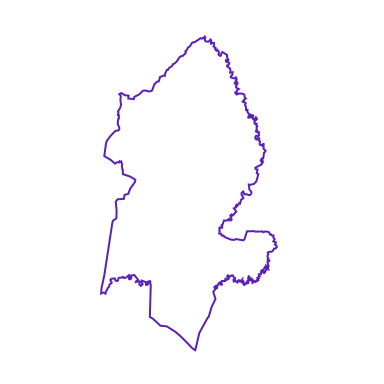 Chum Phuang, Nakhon Ratchasima, Thailand, rotated 190°
{"feature_id": "78962969B76863241399521", "entity_name": "Chum Phuang", "entity_type": "district", "adm_level": 2, "iso_a3": "THA", "parent_name": "Thailand", "parent_adm1": "Nakhon Ratchasima", "projection": "natural_earth1", "projection_center": [102.724, 15.266], "detail": "fine", "context": "isolated", "style": "outline", "palette": "violet", "viewbox_px": 384, "rotation_deg": 190, "n_neighbors": 0, "source": "geoboundaries", "source_scale": "gbopen_adm2", "svg_char_len": 6097}
<svg xmlns="http://www.w3.org/2000/svg" viewBox="0 0 384 384"><g transform="rotate(190 192 192)"><path d="M199.8,54.8L193.6,55.3L184.3,51.5L178.1,47.9L164.0,37.9L161.3,36.8L160.3,54.5L154.7,71.0L153.9,71.9L152.7,82.2L150.3,90.6L153.7,97.4L152.1,100.5L153.4,101.9L153.4,102.7L152.0,103.2L151.4,101.4L150.8,101.4L150.6,102.5L151.6,104.1L150.4,104.5L149.9,106.7L149.0,107.6L147.7,105.7L146.5,105.9L147.5,108.8L147.2,109.6L143.9,110.1L144.0,112.2L142.4,111.6L140.7,113.0L140.8,113.8L142.0,113.7L142.8,114.7L142.2,116.1L139.5,115.6L138.4,116.8L137.4,117.0L136.4,115.5L134.6,114.7L136.0,112.5L135.2,111.1L134.0,112.4L133.3,111.4L131.6,110.8L131.5,112.3L130.3,112.2L130.5,113.2L129.7,113.2L129.5,112.2L128.4,112.4L127.3,114.6L127.2,113.7L125.9,113.2L125.7,112.5L127.3,111.8L126.3,111.4L124.6,109.5L123.9,110.0L125.0,110.4L125.2,111.3L123.9,110.9L123.0,111.8L121.4,111.7L120.6,112.4L120.8,113.0L121.7,112.8L122.3,113.6L120.0,115.1L121.0,115.3L121.7,116.2L121.6,118.8L120.8,118.6L120.1,116.7L118.1,117.0L118.3,115.2L117.1,114.3L116.6,113.0L115.8,113.8L116.9,114.9L116.4,115.6L113.8,114.5L113.3,115.8L112.4,115.5L111.4,116.7L112.4,117.5L111.3,118.4L112.5,119.1L110.5,120.7L111.8,121.7L111.9,122.6L109.8,123.3L110.2,126.5L108.5,127.9L108.7,125.7L107.4,124.9L107.3,126.6L106.9,126.8L106.2,125.9L105.4,128.8L103.3,129.0L104.4,131.1L104.8,130.8L104.6,129.3L106.9,129.5L107.5,130.2L107.1,130.8L105.9,130.1L106.2,132.3L104.9,131.4L103.7,132.1L105.6,136.4L105.3,137.0L104.2,137.0L103.9,137.7L105.7,138.5L105.3,139.4L104.2,139.4L105.4,139.7L106.3,141.2L106.6,142.4L106.0,143.8L106.9,145.5L106.0,146.3L103.1,147.1L102.0,148.4L101.4,150.5L100.2,150.7L98.9,152.5L99.5,153.8L100.5,154.4L100.6,155.2L101.1,155.0L100.7,157.0L103.3,157.5L102.4,159.8L104.0,161.4L104.2,163.3L105.5,163.0L106.7,163.9L107.4,163.5L109.5,166.0L113.2,165.8L115.0,164.7L115.7,165.4L122.5,164.0L124.3,164.2L131.0,162.8L132.1,154.6L133.1,153.3L140.4,153.3L142.2,152.1L145.6,151.9L152.0,153.3L152.5,154.0L153.5,153.9L154.1,154.7L155.3,154.4L156.0,155.8L158.0,155.8L157.9,158.5L158.4,159.0L158.8,161.6L158.5,161.9L157.9,161.3L157.2,162.1L156.1,162.1L156.1,163.0L157.1,164.4L156.2,165.1L155.6,169.5L153.2,169.7L150.8,171.9L150.4,170.5L148.4,171.0L148.2,171.9L150.2,175.6L149.1,176.8L148.6,176.5L148.5,175.6L147.8,175.9L145.0,180.4L147.9,183.2L146.0,184.5L146.5,186.0L145.8,187.2L144.7,186.4L143.8,189.0L142.7,188.8L142.3,192.9L140.3,194.8L142.8,198.1L143.0,199.8L141.6,201.4L140.0,198.7L138.1,199.3L135.2,198.8L134.3,199.2L133.4,200.7L133.5,202.3L136.0,204.6L137.4,209.2L135.9,209.2L132.4,210.7L130.4,213.8L129.8,221.1L131.5,221.8L131.4,225.5L133.4,225.7L133.8,227.0L128.6,230.9L127.4,233.7L127.9,235.1L129.0,234.1L129.9,235.2L129.0,237.2L127.7,237.7L127.9,243.1L126.8,244.6L126.8,245.6L129.0,246.9L129.8,251.7L130.3,251.7L130.9,250.0L131.6,250.5L132.9,250.1L133.8,250.9L133.7,253.5L135.3,254.4L134.9,255.8L135.2,256.6L136.8,256.4L137.6,254.9L138.5,255.2L139.2,256.8L139.0,257.9L138.2,258.6L136.4,258.6L135.8,259.7L136.4,260.6L136.3,262.4L137.7,262.1L138.3,263.4L139.2,262.6L139.7,263.0L139.1,264.5L139.7,267.0L139.1,268.0L140.5,269.3L140.2,270.4L142.0,270.1L142.8,272.2L142.8,273.6L142.0,273.2L140.7,275.3L142.0,276.6L142.7,274.9L144.4,274.3L145.0,275.2L144.9,277.7L146.3,278.5L145.7,277.8L146.5,275.9L147.3,275.9L147.3,277.4L148.1,276.9L148.4,275.2L149.5,275.1L149.5,276.4L148.3,278.4L149.9,279.0L151.5,280.8L151.6,282.5L153.0,282.2L153.6,285.3L154.9,286.7L154.5,288.7L156.0,289.8L156.8,289.3L157.8,289.8L156.7,292.0L155.3,293.4L156.3,293.8L157.3,296.8L158.7,297.5L162.0,297.4L163.1,296.7L164.4,297.1L164.5,296.0L165.0,295.8L166.6,297.0L166.6,297.6L165.2,297.9L165.6,298.9L165.3,300.0L163.8,301.5L165.6,302.0L167.1,303.2L166.1,306.8L167.1,306.6L167.7,305.8L168.2,306.0L167.0,308.3L167.4,308.9L168.4,308.2L167.6,311.0L168.8,312.5L169.6,311.2L173.2,311.4L173.8,311.9L173.9,312.6L172.7,314.0L172.7,317.0L175.2,316.2L175.3,319.0L176.3,320.5L179.3,321.8L179.4,322.7L178.0,323.5L177.7,325.6L181.3,326.5L181.4,327.8L179.4,327.7L179.0,328.2L181.0,331.0L181.3,333.1L186.5,335.1L187.1,333.8L187.2,331.4L187.9,330.9L189.0,331.4L189.9,332.1L189.6,333.6L190.6,335.8L191.9,335.4L192.3,336.5L193.1,335.8L194.2,336.9L193.9,338.1L196.1,339.2L195.8,340.6L196.1,342.5L198.1,342.6L198.7,341.3L199.1,341.3L199.5,344.6L200.3,345.4L201.8,342.9L204.9,342.7L206.1,344.7L205.7,346.5L206.4,347.2L207.1,345.7L207.7,345.9L208.8,344.7L210.2,345.0L215.5,339.9L216.9,339.7L218.0,338.8L218.7,336.5L219.7,334.7L221.0,333.7L221.8,330.9L223.0,329.4L222.3,328.6L222.6,327.1L223.7,326.1L224.2,324.8L226.7,323.6L227.8,322.2L229.8,317.7L231.6,315.4L233.0,314.5L233.6,312.5L236.2,310.1L236.8,308.2L238.0,307.8L239.0,303.9L238.9,301.6L240.3,301.7L243.5,299.6L243.9,295.2L245.5,294.7L247.7,291.7L249.0,284.8L251.6,283.5L255.9,283.8L257.9,283.2L260.9,279.0L265.3,275.7L265.5,273.3L271.0,273.0L271.2,275.9L274.8,275.6L278.8,277.2L280.6,275.8L278.8,274.2L278.4,269.8L277.1,265.9L277.3,262.7L278.9,258.3L278.3,257.9L278.3,255.1L277.7,255.3L277.1,254.5L277.2,252.2L276.7,251.9L277.4,250.1L276.9,245.9L274.9,243.1L274.5,241.3L275.1,239.9L278.0,238.9L282.1,232.9L284.9,227.2L285.1,224.2L284.6,212.1L278.2,209.8L272.7,206.6L271.2,208.2L268.7,208.5L268.6,209.7L267.2,209.2L266.9,209.6L265.6,207.0L265.6,205.5L264.3,201.6L263.9,201.6L263.2,197.6L255.8,196.5L252.0,195.1L250.0,194.2L249.8,192.2L253.4,184.6L254.5,179.0L257.9,177.5L257.9,173.4L263.9,171.9L264.8,170.7L265.3,168.9L263.0,160.5L261.9,152.9L264.7,150.2L265.1,148.6L263.9,95.0L264.4,81.2L263.9,76.3L261.9,77.6L259.5,76.9L259.6,79.1L258.6,80.9L258.4,82.6L257.2,84.4L257.2,86.6L255.4,88.4L255.7,89.6L257.2,91.1L256.8,92.1L255.8,92.7L253.0,93.5L251.9,91.4L250.0,91.4L249.5,92.2L249.5,94.3L249.0,94.9L245.7,95.7L245.2,96.4L243.7,95.5L241.8,96.5L239.6,99.3L238.6,98.4L239.2,95.9L238.6,95.2L237.8,95.3L237.0,96.0L237.0,99.4L234.3,100.2L229.9,96.2L230.0,95.3L231.4,94.6L231.6,93.6L228.5,94.9L227.8,94.0L227.9,92.0L226.1,90.6L224.6,92.7L226.1,94.6L226.2,96.0L221.8,95.2L221.2,92.7L220.3,92.5L219.2,93.8L219.9,96.0L218.0,97.0L217.4,96.5L217.4,94.9L216.5,93.5L211.8,61.6L208.6,60.5L199.8,54.8Z" fill="none" stroke="#5b21b6" stroke-width="2"/></g></svg>